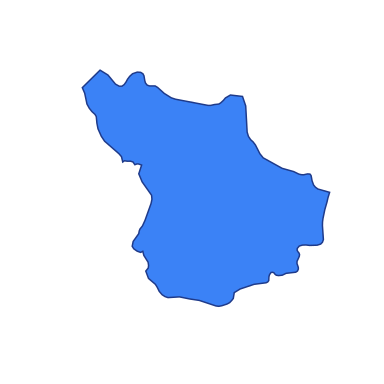 Brasov, Albers equal-area conic projection, rotated 201°
{"feature_id": "ROU-305", "entity_name": "Brasov", "entity_type": "County", "adm_level": 1, "iso_a3": "ROU", "parent_name": "Romania", "parent_adm1": "", "projection": "albers", "projection_center": [25.29, 45.778], "detail": "fine", "context": "isolated", "style": "filled", "palette": "blue", "viewbox_px": 384, "rotation_deg": 201, "n_neighbors": 0, "source": "natural_earth", "source_scale": "10m", "svg_char_len": 2002}
<svg xmlns="http://www.w3.org/2000/svg" viewBox="0 0 384 384"><g transform="rotate(201 192 192)"><path d="M202.4,281.7L198.5,283.7L197.2,285.4L195.5,288.8L194.5,291.8L190.9,296.3L179.1,299.3L172.7,291.6L162.0,267.7L159.2,264.1L156.1,261.9L153.0,260.7L149.6,258.6L142.4,252.1L137.8,249.4L116.3,246.4L104.4,247.5L98.7,247.0L96.4,247.3L94.1,248.0L90.6,250.3L88.3,251.0L86.8,250.1L85.5,248.1L84.0,245.6L81.0,242.1L78.5,240.7L75.5,239.9L63.4,241.0L63.0,235.3L62.4,231.2L61.7,223.2L60.2,214.1L59.4,210.8L58.2,207.4L52.3,194.7L52.2,191.8L53.2,189.5L56.1,187.2L63.0,184.3L66.6,183.4L69.9,182.0L72.5,180.0L73.5,177.1L73.0,175.3L71.7,174.2L70.4,173.5L69.2,172.2L68.8,170.4L68.9,168.0L69.1,165.0L68.4,162.9L65.8,159.8L65.1,158.2L65.2,156.0L66.4,154.3L75.0,149.8L77.9,146.7L81.2,145.0L83.5,144.5L85.1,145.0L86.5,145.9L87.8,146.0L89.4,145.2L90.0,142.5L89.8,140.4L88.6,136.8L89.1,135.1L90.3,133.8L100.9,128.1L112.3,118.7L116.5,113.2L115.3,107.4L116.0,105.1L117.2,102.2L119.1,100.0L123.4,96.5L126.0,94.9L128.8,94.2L146.4,93.4L155.9,91.3L166.1,89.6L176.6,84.8L179.8,84.7L183.1,85.4L187.0,87.5L190.2,90.5L193.1,92.7L201.6,95.7L206.8,101.6L205.6,105.4L206.2,107.8L207.8,110.7L214.2,115.5L216.7,119.0L218.3,117.2L222.0,117.1L226.0,118.1L228.4,119.9L229.2,124.8L226.8,134.0L227.3,136.7L227.3,138.8L226.1,142.5L225.7,148.7L226.1,166.6L226.8,170.9L228.6,174.5L242.2,183.6L248.2,189.9L248.7,199.1L252.1,199.0L253.6,198.4L255.1,197.0L257.9,198.9L260.6,198.7L263.3,197.6L266.3,196.9L267.4,195.2L270.5,199.7L273.8,201.5L291.8,208.1L296.6,211.5L302.4,217.3L305.4,222.1L308.4,228.1L310.4,229.7L314.2,231.2L317.8,233.3L321.6,236.5L327.6,245.8L331.8,250.1L321.5,272.8L312.4,271.1L302.1,265.3L297.8,264.7L295.3,265.7L293.8,268.0L293.0,271.1L292.6,274.2L291.6,277.7L289.9,281.1L286.1,284.3L282.8,285.3L280.2,284.8L278.5,283.3L275.9,278.9L274.5,277.1L272.1,275.7L269.7,275.8L264.4,277.8L261.6,277.3L253.3,274.1L245.1,272.5L240.7,272.7L208.0,278.6L205.5,279.6L202.4,281.7Z" fill="#3b82f6" stroke="#1e3a8a" stroke-width="1.5"/></g></svg>